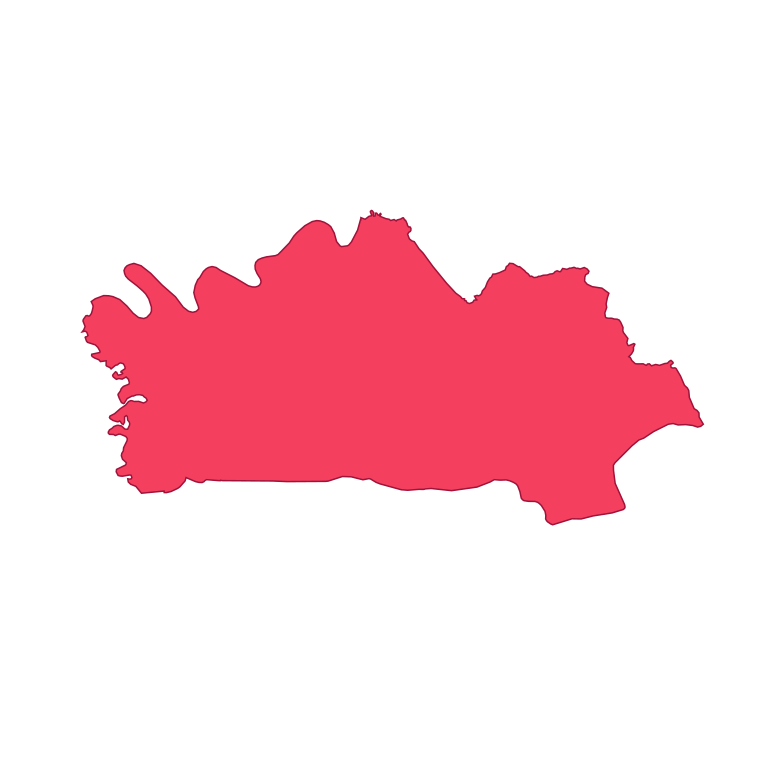 Nobol, Guayas, Ecuador (Mercator projection), rotated 248°
{"feature_id": "8360857B45537729635416", "entity_name": "Nobol", "entity_type": "district", "adm_level": 2, "iso_a3": "ECU", "parent_name": "Ecuador", "parent_adm1": "Guayas", "projection": "mercator", "projection_center": [-80.038, -1.965], "detail": "fine", "context": "isolated", "style": "filled", "palette": "rose", "viewbox_px": 768, "rotation_deg": 248, "n_neighbors": 0, "source": "geoboundaries", "source_scale": "gbopen_adm2", "svg_char_len": 6171}
<svg xmlns="http://www.w3.org/2000/svg" viewBox="0 0 768 768"><g transform="rotate(248 384 384)"><path d="M392.1,110.9L388.9,110.2L386.0,111.5L382.0,115.6L373.6,118.2L367.1,140.0L365.7,139.5L364.8,141.5L364.1,146.3L364.5,153.6L365.2,156.4L368.6,163.2L371.4,165.4L364.0,172.8L362.1,175.5L360.8,178.3L360.9,180.6L361.5,181.6L361.8,183.6L356.1,195.0L355.7,196.1L356.0,196.3L354.9,198.1L335.9,244.2L329.8,257.6L315.6,293.4L314.9,295.8L313.8,310.8L310.2,318.9L303.1,328.6L301.9,334.6L300.9,336.0L295.8,339.8L292.8,343.0L279.5,360.4L276.6,366.2L273.3,376.8L271.4,381.4L271.2,383.2L269.5,388.5L259.8,406.7L253.6,431.6L253.4,445.6L254.0,450.4L251.3,455.8L249.3,461.4L247.2,464.3L244.3,467.2L241.9,469.0L239.5,469.8L233.3,469.7L226.7,468.5L224.8,469.1L223.4,470.1L221.1,474.0L218.5,480.1L216.7,482.2L214.9,483.3L212.4,484.4L205.6,485.6L201.5,484.8L198.3,483.3L196.4,483.5L195.0,484.0L191.7,486.2L190.3,487.7L188.6,507.8L185.0,516.3L183.4,528.3L179.0,547.4L178.0,558.7L178.5,560.4L179.6,561.4L182.0,561.9L205.3,561.1L217.8,564.4L222.8,566.3L224.5,568.8L233.8,590.7L236.6,599.3L236.5,604.5L238.9,616.2L240.2,632.6L239.0,637.3L235.9,641.3L233.3,648.6L229.9,654.7L226.6,658.6L226.1,661.8L227.1,665.0L235.3,663.8L239.2,665.2L242.1,664.4L245.0,662.3L257.2,662.1L263.7,664.1L266.6,663.8L270.2,662.1L280.3,661.9L289.0,660.6L290.0,659.8L290.6,657.7L291.8,656.4L294.1,656.9L295.0,659.8L295.7,660.1L296.7,659.8L298.4,658.9L298.2,657.1L297.1,654.6L297.8,652.0L298.1,646.4L300.3,643.3L300.7,638.8L303.3,637.6L303.8,635.7L303.1,634.6L303.2,633.9L305.6,631.9L307.9,626.0L308.8,624.5L312.9,622.6L316.3,622.3L317.6,621.2L319.2,624.8L321.4,627.6L323.1,628.6L324.2,628.7L326.9,631.5L327.9,630.8L327.8,626.1L328.1,625.0L328.8,624.6L331.5,624.7L334.9,627.2L342.0,625.3L344.0,625.4L346.9,626.8L352.7,626.6L355.2,626.0L356.8,624.4L358.0,621.8L359.6,619.9L361.1,616.3L362.3,614.7L363.2,614.4L367.1,615.3L371.6,619.2L375.0,619.9L380.4,623.5L383.9,626.5L391.2,622.0L396.2,613.6L400.3,609.8L404.1,608.5L408.0,610.3L409.8,612.0L410.1,614.7L411.8,616.3L414.6,615.4L417.0,613.3L417.2,608.9L418.8,607.0L418.9,606.0L421.0,603.9L421.4,600.6L421.9,599.6L421.8,596.6L424.2,592.9L422.1,589.8L422.4,588.8L424.1,586.9L424.1,584.8L423.2,583.0L423.1,581.3L423.8,579.1L423.9,576.2L425.2,572.3L425.4,569.0L426.0,567.5L425.7,566.1L426.5,562.9L428.7,561.3L429.0,559.8L432.1,558.9L434.5,557.4L436.2,556.9L442.0,553.7L442.5,552.3L447.3,548.7L448.9,545.6L447.3,543.2L447.1,541.5L444.3,539.1L444.0,532.7L444.3,528.5L445.1,526.1L442.9,523.7L442.5,521.8L439.9,518.2L435.5,514.1L433.4,510.0L431.4,508.4L430.4,506.7L430.4,504.6L431.3,503.5L431.5,500.8L427.8,501.2L426.9,502.1L428.0,499.0L426.5,496.8L426.6,493.4L428.2,491.5L430.6,491.2L431.2,490.0L432.8,490.6L433.9,488.4L436.3,487.7L441.3,484.6L453.9,479.8L474.5,473.4L490.7,469.3L496.2,467.1L504.6,465.4L506.3,463.4L509.1,461.9L514.1,462.0L515.4,463.9L515.6,465.5L516.4,466.5L518.3,467.3L520.0,466.9L520.2,465.8L522.1,465.2L523.9,465.5L527.8,465.3L528.3,464.6L530.7,464.3L531.1,463.4L530.7,461.3L531.2,457.6L530.6,456.4L532.7,455.0L533.1,451.4L534.8,450.5L536.5,447.8L540.8,443.3L541.2,443.2L542.6,444.9L543.5,444.5L542.4,442.6L542.8,441.8L545.2,441.2L545.6,440.0L543.2,438.7L543.4,437.4L544.1,437.1L546.9,438.6L549.0,438.0L549.6,437.3L549.2,436.1L548.7,435.8L545.4,435.8L544.7,435.2L545.1,432.8L543.8,428.2L546.9,424.9L545.0,424.1L545.2,423.8L536.6,417.2L528.0,407.1L526.1,403.6L525.8,401.9L527.3,396.1L528.5,395.0L533.8,393.4L542.6,394.4L549.8,393.6L552.6,392.1L556.3,389.2L559.1,385.9L560.7,382.9L561.5,378.3L560.4,369.9L556.8,359.7L554.9,355.8L550.2,349.0L543.7,334.3L543.7,331.4L545.9,322.7L546.5,318.0L546.4,314.0L544.8,310.6L542.2,308.8L538.6,307.6L533.9,307.7L527.9,308.8L525.1,308.4L523.7,307.5L522.4,305.8L521.9,303.9L522.1,301.1L523.3,298.4L525.9,295.0L538.4,285.5L550.6,274.9L554.9,272.0L557.3,268.6L557.8,264.9L557.4,262.3L556.0,258.7L551.8,253.2L550.5,250.4L546.2,246.0L540.0,241.9L534.6,241.1L525.2,240.9L523.0,240.3L521.7,237.2L522.1,233.5L524.7,230.0L530.5,226.6L543.0,223.3L558.9,215.3L574.1,209.1L584.6,203.1L589.5,197.3L590.0,192.9L589.9,190.1L588.8,187.6L586.7,185.5L583.8,184.9L580.8,184.9L577.1,186.2L567.7,191.7L560.5,195.3L556.7,196.8L551.0,197.8L542.6,197.2L538.6,195.6L536.7,193.6L534.6,188.9L534.7,185.8L537.6,181.3L543.6,177.9L552.7,174.8L561.2,170.7L566.5,165.5L568.9,161.9L571.0,157.2L571.2,148.2L570.1,143.4L565.9,143.6L564.4,143.1L561.2,140.9L559.0,139.1L557.5,136.8L557.6,135.5L558.7,134.5L558.9,133.1L556.5,129.4L555.2,128.5L549.3,128.4L546.8,126.0L545.4,123.7L545.0,126.6L543.4,127.8L539.8,127.7L539.2,126.0L539.5,124.9L539.2,124.4L535.3,124.2L533.7,124.7L528.4,131.0L525.2,132.4L521.3,132.9L520.2,132.8L519.7,132.2L521.1,124.2L520.1,123.6L518.8,123.7L516.5,125.4L513.3,128.7L511.0,129.5L509.6,135.1L505.3,133.3L504.6,133.5L501.9,136.0L500.2,136.6L501.9,142.0L501.6,144.1L502.2,145.7L502.3,147.6L500.5,149.8L498.8,150.2L496.6,150.2L495.2,149.6L494.2,145.0L493.7,144.5L492.8,145.5L491.6,145.6L491.3,143.5L491.7,141.0L492.3,140.6L494.9,140.5L495.9,139.6L494.2,136.2L493.3,135.5L491.8,135.7L488.6,137.6L488.4,140.1L486.6,143.1L487.1,147.5L484.1,148.8L480.6,148.4L479.4,147.4L479.4,141.8L479.0,140.5L478.0,138.5L476.2,136.9L474.3,133.8L473.6,133.3L470.0,133.2L465.1,133.6L463.4,135.2L463.4,135.8L466.7,140.5L467.2,145.9L466.7,147.1L466.7,150.2L465.7,153.2L463.9,156.0L461.7,156.9L460.3,158.0L457.6,158.4L456.6,156.5L456.5,153.9L459.8,150.0L461.4,145.8L463.1,143.8L463.5,142.7L463.4,140.5L461.2,136.4L459.9,130.3L457.4,123.1L456.9,117.9L455.8,116.9L454.5,117.1L451.6,119.2L448.9,122.5L448.5,123.8L448.8,125.0L448.0,125.5L445.5,125.9L444.2,127.1L445.8,129.1L450.7,131.2L451.3,133.1L450.1,133.8L446.6,132.8L444.3,133.5L442.5,133.4L441.0,132.5L438.1,129.3L439.2,126.9L443.4,124.9L445.2,122.3L445.7,120.9L445.8,117.6L444.8,115.3L444.3,112.3L442.7,110.3L441.4,110.0L440.1,110.7L438.6,114.2L436.9,115.6L436.8,119.4L436.1,120.9L432.1,124.9L429.6,125.6L427.7,124.5L422.5,118.7L419.6,117.2L417.9,114.9L415.9,113.6L412.1,113.4L407.6,115.6L406.2,114.7L405.7,113.9L405.0,104.0L402.9,102.8L398.8,103.2L397.5,104.9L396.5,106.9L394.9,114.1L394.2,115.3L391.7,115.2L390.8,114.2L391.0,112.7L392.1,110.9Z" fill="#f43f5e" stroke="#9f1239" stroke-width="1.5"/></g></svg>